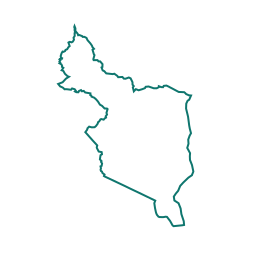 the district of Guayama, Puerto Rico, rotated 295°
{"feature_id": "32010507B40723553467953", "entity_name": "Guayama", "entity_type": "district", "adm_level": 2, "iso_a3": "PRI", "parent_name": "Puerto Rico", "parent_adm1": "", "projection": "natural_earth1", "projection_center": [-66.125, 18.011], "detail": "fine", "context": "isolated", "style": "outline", "palette": "teal", "viewbox_px": 256, "rotation_deg": 295, "n_neighbors": 0, "source": "geoboundaries", "source_scale": "gbopen_adm2", "svg_char_len": 2994}
<svg xmlns="http://www.w3.org/2000/svg" viewBox="0 0 256 256"><g transform="rotate(295 128 128)"><path d="M106.2,91.1L101.8,101.2L99.2,107.5L97.4,107.8L97.0,108.0L96.6,108.4L94.3,111.4L95.0,114.3L93.2,115.5L91.7,114.6L87.7,115.8L86.8,118.0L85.9,117.9L84.9,119.5L82.5,120.1L81.6,119.3L80.1,120.5L78.5,120.8L77.6,121.7L77.5,122.8L76.4,123.9L75.9,126.4L74.3,126.5L74.2,127.6L74.1,149.4L74.0,155.5L73.9,168.0L73.8,174.3L73.7,183.4L71.0,183.6L66.9,186.3L63.6,188.8L62.8,189.5L61.6,190.8L60.5,193.1L60.6,194.2L62.1,197.6L63.5,199.6L63.9,200.9L61.5,205.5L58.6,209.5L58.3,210.8L62.7,218.2L63.8,219.8L67.1,217.9L72.5,212.8L77.3,209.7L81.2,205.6L81.9,200.7L85.2,198.5L88.3,199.0L88.6,199.0L92.3,200.0L97.0,199.8L97.7,199.8L98.9,200.2L100.8,200.8L101.2,200.9L102.6,201.4L108.0,203.5L108.5,203.7L110.4,204.8L112.2,205.9L112.5,205.8L115.3,205.7L116.2,205.6L121.4,201.7L121.6,201.5L124.0,199.0L125.2,197.7L128.7,195.9L129.0,195.8L131.4,194.9L132.6,193.3L135.0,190.1L139.3,189.5L142.9,187.5L147.2,187.1L149.9,187.3L153.5,184.3L156.0,182.5L161.5,179.0L163.7,177.6L170.2,172.4L174.7,170.5L177.9,170.5L179.5,171.5L180.6,171.5L184.1,171.4L183.3,169.1L183.4,168.5L183.3,166.4L183.9,165.0L184.2,163.8L182.1,158.7L182.5,151.3L182.6,148.7L182.7,147.5L182.7,146.7L182.7,144.9L181.3,142.6L179.8,142.5L179.1,140.8L178.9,138.4L178.2,138.8L176.1,137.2L174.9,134.6L174.3,129.1L172.8,126.6L171.3,126.5L169.2,124.5L166.7,121.7L166.5,118.7L163.7,117.8L166.9,115.2L168.4,115.5L169.2,113.8L171.4,112.7L174.1,109.4L174.1,107.4L171.6,104.9L171.0,103.3L171.9,101.4L169.9,97.6L170.7,96.3L171.4,92.7L170.4,91.4L168.3,85.2L169.5,82.5L169.5,80.7L171.7,78.4L172.5,79.0L175.1,77.9L176.6,74.6L175.9,73.1L176.6,71.7L175.0,68.2L175.7,67.5L179.9,66.8L180.3,66.0L183.9,62.8L185.4,63.7L186.3,61.6L187.4,60.5L188.8,58.1L190.5,54.2L192.1,52.3L192.2,50.1L191.4,48.4L191.9,47.7L191.7,44.6L191.0,43.6L192.2,42.5L193.7,39.3L196.1,38.2L197.7,36.5L196.8,36.6L195.3,37.9L194.3,38.1L192.0,39.9L191.4,39.5L188.9,40.8L186.8,40.5L185.2,41.7L183.0,41.5L181.8,40.7L181.5,38.9L180.9,38.3L180.3,37.9L177.6,40.5L176.0,39.8L173.7,39.6L172.4,38.4L171.1,38.4L169.7,37.3L169.6,36.4L167.8,36.2L164.7,36.6L163.5,37.6L163.4,38.8L161.9,38.8L162.7,38.7L161.8,37.0L161.1,36.9L160.7,38.1L159.1,37.8L158.5,39.0L157.7,38.6L157.5,40.8L156.5,42.0L155.5,42.3L155.2,44.0L152.3,43.5L152.4,44.5L152.4,45.3L150.5,47.9L149.4,51.3L149.5,52.8L146.5,50.9L141.8,49.4L138.4,46.1L137.0,49.0L137.1,50.5L137.0,52.2L136.3,54.1L137.1,55.7L137.4,56.5L138.6,60.2L140.2,60.6L140.6,63.3L139.6,65.1L138.7,64.6L138.6,66.0L139.4,67.9L140.8,67.9L142.5,69.4L141.8,70.7L142.9,72.2L142.1,74.2L143.5,79.3L141.9,79.9L141.9,81.0L141.0,81.7L141.2,84.5L140.5,86.9L139.3,89.6L137.3,92.7L137.1,95.2L135.8,98.5L136.7,100.6L136.7,101.2L136.5,101.5L132.6,102.1L131.3,103.3L129.2,102.8L128.2,103.7L127.0,102.9L125.3,102.4L124.8,100.0L124.2,99.4L121.8,99.1L120.6,98.4L119.2,98.7L116.4,98.2L114.6,97.4L113.3,94.9L112.8,92.2L110.6,91.4L109.2,91.7L106.2,91.1Z" fill="none" stroke="#0f766e" stroke-width="2"/></g></svg>